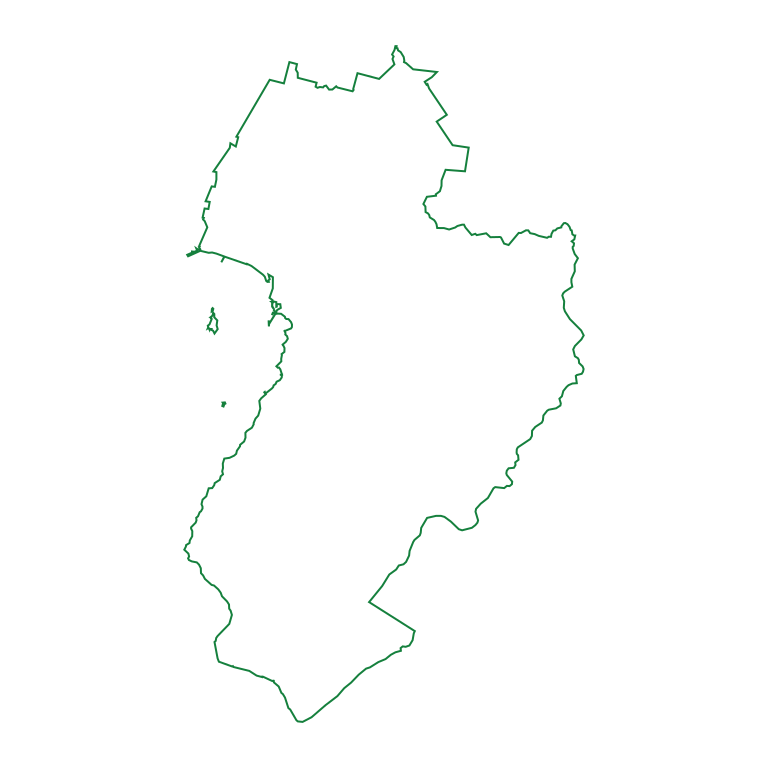 Lower Hutt City, Wellington, New Zealand (Albers equal-area conic projection)
{"feature_id": "76426892B69033052068966", "entity_name": "Lower Hutt City", "entity_type": "district", "adm_level": 2, "iso_a3": "NZL", "parent_name": "New Zealand", "parent_adm1": "Wellington", "projection": "albers", "projection_center": [174.937, -41.285], "detail": "fine", "context": "isolated", "style": "outline", "palette": "green", "viewbox_px": 768, "rotation_deg": 0, "n_neighbors": 0, "source": "geoboundaries", "source_scale": "gbopen_adm2", "svg_char_len": 6073}
<svg xmlns="http://www.w3.org/2000/svg" viewBox="0 0 768 768"><path d="M574.7,254.0L572.7,248.5L572.7,246.9L573.7,245.9L574.0,243.3L571.7,241.3L574.3,239.4L575.2,235.5L574.1,235.5L572.4,234.3L571.7,230.4L570.7,230.1L569.5,226.8L567.5,224.2L565.3,223.0L563.8,223.2L561.4,226.3L561.3,227.4L557.3,228.4L555.4,230.3L553.3,230.6L551.5,233.9L551.0,236.8L548.8,236.7L547.1,237.8L538.8,235.9L534.7,234.1L530.2,233.2L528.3,230.4L526.0,230.3L521.0,233.0L518.7,232.9L508.6,245.0L504.1,243.6L501.0,237.5L500.0,237.0L490.4,237.2L486.2,233.3L476.7,235.1L475.3,233.8L471.7,235.0L465.4,227.5L464.0,224.7L462.0,224.7L457.4,226.0L455.2,227.5L449.1,229.5L444.1,228.1L437.2,228.0L436.5,224.2L435.3,221.7L434.0,220.0L429.8,217.4L429.2,215.0L428.0,213.4L425.6,212.1L425.4,206.5L423.4,204.0L426.9,196.8L436.0,195.7L435.8,194.3L439.9,191.2L441.5,186.0L441.6,180.3L445.6,169.8L465.0,171.3L468.7,147.6L452.6,145.2L436.7,121.6L446.8,114.8L429.1,88.5L427.5,84.1L426.6,84.8L424.7,81.8L431.8,77.2L436.9,72.0L413.1,69.3L406.1,63.1L404.0,62.1L404.3,60.5L403.7,57.0L400.7,52.1L398.1,50.4L397.5,48.3L396.4,48.2L396.6,46.1L395.4,46.1L394.5,50.0L392.1,54.5L393.6,56.5L392.5,59.0L394.4,64.4L379.1,78.9L357.5,73.2L353.2,89.1L353.6,89.9L352.6,91.3L337.4,87.5L336.2,86.3L332.4,89.5L329.1,89.6L326.1,85.6L324.2,86.1L323.1,87.4L319.9,87.0L317.5,87.8L315.6,86.7L316.6,82.7L297.8,77.8L297.7,72.7L295.8,69.6L297.0,64.1L289.4,62.1L283.9,83.4L269.7,79.8L236.4,136.7L238.2,137.2L235.8,146.5L230.4,143.3L229.8,147.8L213.4,171.5L216.4,172.1L216.4,179.6L214.9,186.8L211.7,186.4L205.6,201.3L209.7,201.9L208.4,209.0L204.6,208.5L202.6,217.6L203.8,217.9L203.1,219.5L204.7,221.1L207.3,227.3L199.3,245.7L199.7,246.3L198.9,246.9L200.1,249.0L197.9,249.5L196.3,248.4L197.2,250.6L193.0,252.3L193.0,251.6L192.0,251.5L192.0,252.7L187.2,254.8L188.1,256.3L200.3,250.8L208.7,252.8L212.1,252.5L216.4,253.6L224.3,256.5L221.3,262.3L224.5,256.6L246.8,264.3L247.0,263.8L251.5,266.0L263.0,274.7L264.8,276.7L266.2,280.9L267.4,281.9L268.8,281.8L268.3,280.4L269.7,279.3L268.5,274.6L272.9,277.2L272.8,288.4L269.5,297.8L272.6,300.2L272.6,301.4L271.4,301.7L272.1,302.2L272.1,306.6L274.4,309.9L272.3,306.2L272.3,302.2L273.1,302.4L273.6,301.5L276.3,302.1L276.3,306.8L276.8,306.6L276.9,304.1L280.3,304.2L280.8,307.9L277.3,309.9L276.1,311.5L274.5,311.2L273.5,309.9L274.5,311.4L276.4,311.8L276.3,312.5L275.8,313.1L272.8,313.2L273.2,311.9L271.9,315.1L272.9,313.3L275.8,313.2L275.0,313.3L275.2,313.9L269.3,323.6L268.6,320.4L268.9,326.4L269.1,324.0L275.3,314.0L277.7,313.6L281.1,313.8L284.9,316.7L285.2,318.1L286.3,319.0L288.5,319.1L291.1,322.2L292.0,324.6L291.9,327.1L291.1,328.4L284.8,331.0L284.1,330.2L285.5,333.0L285.3,334.5L287.1,336.2L287.8,338.8L285.8,341.9L282.0,345.1L283.0,344.9L284.5,348.0L284.4,351.9L281.6,354.1L281.9,355.1L281.2,358.9L281.3,361.4L276.4,366.3L277.8,367.7L278.9,367.5L280.3,369.3L282.0,374.6L279.8,374.9L282.0,374.7L281.7,377.5L279.8,380.2L276.6,381.7L275.6,384.0L273.6,385.4L273.2,387.0L272.0,388.4L265.4,393.6L264.8,391.9L264.3,392.3L265.8,394.3L261.2,398.3L259.3,400.9L260.3,408.6L258.2,415.6L255.5,418.6L253.6,423.1L253.7,424.3L251.9,427.7L247.0,430.9L245.4,432.8L245.5,437.7L244.1,441.5L240.1,444.8L240.0,446.3L236.9,450.7L236.2,453.8L234.2,455.6L229.6,457.8L224.3,458.6L222.8,463.6L223.0,468.0L222.2,471.3L223.0,474.3L220.7,476.3L219.8,479.8L214.7,483.1L214.2,485.2L212.2,488.1L208.7,488.3L206.3,496.3L202.6,499.6L201.5,504.2L202.5,506.6L202.5,508.6L201.0,511.3L199.7,512.2L198.0,516.3L196.2,517.8L196.5,520.3L195.7,522.6L191.1,527.3L191.1,528.6L192.3,531.1L192.2,536.3L189.8,540.5L189.5,543.0L186.1,545.1L185.9,546.6L184.3,549.7L188.4,553.6L189.1,556.5L188.1,558.3L188.9,560.0L191.8,561.4L196.8,562.4L199.0,564.6L200.8,568.2L201.0,573.2L203.1,575.4L204.9,578.9L211.6,584.9L214.0,585.5L218.3,589.4L220.7,592.7L222.0,596.3L227.0,601.4L229.0,604.5L229.2,608.7L230.6,610.6L231.9,614.9L229.3,623.9L217.6,636.0L216.2,638.0L215.7,640.9L214.5,642.0L217.6,658.4L218.9,661.7L232.2,666.5L232.9,666.1L233.5,667.0L249.3,670.9L256.6,675.6L262.2,677.1L262.3,676.6L263.0,676.7L272.2,681.0L273.3,680.9L273.7,680.0L273.9,682.4L278.7,686.5L281.4,692.9L282.9,694.1L285.0,697.6L288.4,708.1L290.2,709.5L296.4,720.2L297.8,721.4L302.6,721.9L311.6,717.2L325.6,705.1L337.4,696.1L344.2,688.2L351.1,682.6L358.7,674.7L366.1,668.6L369.9,667.4L378.3,662.1L385.5,659.1L390.8,654.8L395.4,652.3L400.9,650.8L400.6,648.1L402.7,646.4L405.7,646.8L409.4,645.5L412.6,640.2L413.8,633.3L414.8,631.1L369.1,602.1L382.2,586.0L389.3,574.5L396.2,569.5L398.8,565.5L403.5,564.3L406.1,561.9L409.1,555.6L409.6,550.9L413.2,542.0L414.5,539.9L419.8,535.4L420.7,532.9L421.2,527.9L427.1,517.9L435.9,515.9L441.0,515.9L444.5,516.9L450.9,521.6L458.8,529.2L462.1,530.3L471.9,527.8L475.4,525.1L477.4,522.7L478.1,520.4L475.5,511.7L476.1,508.8L480.7,503.7L487.9,498.0L493.5,488.3L495.2,487.1L504.2,488.1L506.9,485.9L509.6,486.1L511.9,484.2L512.2,481.6L506.8,475.0L506.3,473.3L506.8,470.7L508.6,468.3L513.9,467.8L515.5,465.1L515.2,462.4L518.5,459.8L518.1,455.3L516.8,453.8L516.6,452.3L516.8,449.3L517.8,447.4L530.2,439.1L531.9,436.0L532.1,430.7L535.3,426.9L541.8,422.6L542.9,420.4L543.4,415.5L547.2,410.7L548.8,409.7L556.1,408.3L560.4,405.5L560.8,403.4L559.4,398.7L561.9,396.3L563.3,391.0L566.6,386.9L568.5,385.2L572.4,383.5L576.8,383.2L575.8,375.9L576.9,375.0L581.7,373.8L583.0,371.7L583.6,369.0L582.6,366.4L579.1,363.0L578.8,359.8L577.9,358.2L574.9,356.3L573.2,349.4L574.9,346.0L581.4,339.4L583.7,335.4L581.2,330.5L569.9,319.1L564.9,311.3L563.8,307.8L564.2,301.3L562.3,295.5L563.1,293.4L564.7,291.7L572.3,286.7L571.4,282.3L571.4,278.9L574.8,271.3L574.6,264.6L577.9,258.2L574.7,254.0ZM213.2,312.8L212.5,315.6L210.7,317.1L211.3,317.2L210.9,318.4L211.7,319.0L209.5,324.4L207.8,325.7L208.2,327.3L207.8,328.3L208.6,327.8L209.5,329.7L209.7,328.9L211.6,329.0L211.4,329.9L213.1,330.7L214.5,333.5L217.7,329.1L216.6,325.4L217.3,320.4L214.3,317.3L214.3,314.0L213.2,312.8ZM224.9,402.4L222.7,402.6L223.1,403.2L222.3,406.0L223.5,406.5L224.4,404.2L225.4,403.6L224.9,402.4ZM213.3,308.8L212.6,308.1L211.9,308.9L211.7,311.5L212.8,310.8L213.3,308.8Z" fill="none" stroke="#15803d" stroke-width="2"/></svg>